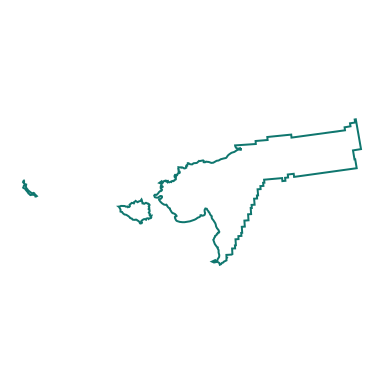 Bethel, Alaska, United States of America
{"feature_id": "52423323B92128631774297", "entity_name": "Bethel", "entity_type": "district", "adm_level": 2, "iso_a3": "USA", "parent_name": "United States of America", "parent_adm1": "Alaska", "projection": "albers", "projection_center": [-164.344, 60.422], "detail": "fine", "context": "isolated", "style": "outline", "palette": "teal", "viewbox_px": 384, "rotation_deg": 0, "n_neighbors": 0, "source": "geoboundaries", "source_scale": "gbopen_adm2", "svg_char_len": 6049}
<svg xmlns="http://www.w3.org/2000/svg" viewBox="0 0 384 384"><path d="M356.7,168.2L355.2,159.3L354.5,159.4L353.0,150.4L361.0,149.1L355.8,119.3L354.7,119.5L355.2,122.5L350.0,123.3L350.5,126.3L344.6,127.3L345.0,130.3L291.5,137.6L291.2,134.6L267.3,137.0L267.6,140.0L255.6,141.0L255.8,144.0L235.1,145.4L235.2,146.1L235.7,147.2L236.3,148.0L236.8,148.3L237.5,148.5L238.8,148.6L239.3,148.5L239.9,148.2L240.0,148.7L241.0,148.9L241.0,149.1L240.8,149.8L239.7,149.6L238.3,149.6L237.5,149.9L236.6,150.4L234.4,151.9L231.5,152.8L230.0,153.8L228.6,154.8L227.5,156.0L226.6,157.4L225.9,158.0L223.5,158.5L220.6,159.3L219.2,160.2L218.2,160.6L217.1,160.7L216.6,160.8L213.3,162.7L211.4,162.9L210.7,162.7L209.5,162.2L207.9,161.8L207.1,161.9L206.1,161.6L205.4,162.1L204.9,162.3L203.7,162.2L203.7,160.8L203.1,160.4L199.6,161.1L199.0,160.9L197.2,162.7L196.4,163.0L193.9,163.2L193.3,163.4L192.7,164.0L192.1,164.4L190.0,164.2L189.0,163.5L188.3,163.9L188.2,163.2L187.8,163.2L187.8,164.0L187.5,164.5L186.9,165.0L187.2,165.4L187.2,165.8L186.1,166.1L186.0,166.8L186.3,167.4L186.3,167.7L184.9,168.4L184.1,168.4L183.5,167.9L183.2,167.9L181.9,167.3L181.3,167.7L180.4,167.3L179.4,167.4L178.4,167.2L178.4,167.9L178.2,168.9L178.7,169.6L178.5,170.3L178.7,171.0L178.6,171.7L179.2,171.3L179.6,171.5L179.8,172.4L179.7,172.8L178.4,173.5L178.0,173.5L177.0,174.6L177.1,175.2L176.3,175.8L176.2,175.3L175.7,174.9L175.0,174.9L174.5,176.0L175.0,176.4L174.8,177.3L175.2,177.7L175.9,177.6L175.8,179.4L174.7,180.0L174.3,180.6L173.5,180.7L173.3,181.1L172.6,181.0L171.8,181.2L171.3,182.0L170.7,181.7L169.4,182.3L168.6,182.1L168.2,182.2L168.0,181.9L167.9,180.9L166.9,181.0L166.9,181.3L166.5,180.8L166.1,180.7L166.0,181.2L165.6,180.9L165.4,181.1L164.9,180.8L163.9,181.2L163.4,181.3L162.5,181.8L161.6,182.0L161.4,181.4L159.3,182.9L160.9,183.5L161.3,182.9L161.9,182.5L162.0,182.1L162.8,182.0L163.1,182.2L162.8,182.7L162.4,182.9L161.4,184.5L160.9,185.8L160.9,186.2L161.0,186.6L162.4,186.3L162.7,186.8L161.8,187.5L161.0,187.6L160.7,187.5L160.7,188.1L161.0,188.8L162.0,189.8L161.9,190.2L161.5,190.7L160.9,191.1L160.3,191.0L158.8,192.3L158.3,193.2L156.7,194.8L156.4,194.9L155.0,194.7L154.8,194.8L154.2,195.5L154.8,197.1L155.1,197.3L157.1,197.7L158.0,197.6L160.3,196.0L161.5,196.1L161.9,196.3L162.0,196.6L162.0,197.3L161.3,198.3L161.0,198.6L160.4,198.9L159.2,199.3L159.0,199.7L160.3,201.6L161.9,203.2L163.8,204.5L165.1,204.8L165.9,204.9L166.4,204.7L167.2,205.7L167.3,206.3L167.8,206.9L168.8,207.9L169.8,208.3L170.0,208.7L170.0,208.9L169.9,209.2L171.8,212.4L172.7,213.2L173.3,213.2L175.2,214.2L176.3,215.4L176.6,216.0L176.4,216.3L175.4,216.4L175.1,216.7L174.9,216.9L174.9,217.1L175.0,218.0L175.8,219.8L176.3,220.5L176.6,220.8L177.2,221.1L179.8,221.9L182.6,222.2L184.5,222.2L190.0,221.3L194.6,219.7L196.1,218.9L197.7,217.7L199.4,217.1L199.9,216.7L200.5,216.1L200.6,215.7L200.5,215.3L201.1,215.1L202.2,215.7L202.6,215.7L203.9,215.3L204.7,214.7L205.1,213.0L204.7,211.9L204.6,210.6L204.7,209.7L205.4,208.5L206.8,208.8L207.4,210.1L208.6,211.5L208.7,212.1L209.4,212.6L209.8,213.7L210.5,215.0L211.0,215.6L211.4,215.7L211.6,216.1L211.8,216.4L211.6,217.2L212.0,218.6L213.4,220.3L215.3,223.3L215.8,224.8L216.1,226.5L217.1,228.4L218.3,229.7L219.3,231.9L218.7,232.8L217.8,232.8L217.4,233.9L216.8,234.1L216.4,235.2L215.1,235.9L215.0,236.9L214.4,237.5L213.8,239.2L213.3,239.8L214.8,244.0L216.8,246.8L217.8,247.4L217.5,248.0L218.6,250.2L218.6,252.6L219.3,255.1L219.1,257.0L217.6,259.3L217.3,260.8L216.2,261.2L215.2,260.1L212.0,261.6L214.0,262.5L217.5,261.8L219.4,263.1L219.8,264.7L221.0,264.2L222.0,262.9L223.3,262.5L223.8,261.7L226.5,260.4L226.4,259.0L226.9,257.9L226.5,257.9L226.4,254.9L231.6,254.6L232.4,254.1L232.1,248.5L235.1,248.4L234.9,245.4L235.9,245.3L235.5,239.3L238.5,239.1L238.4,236.1L241.4,235.9L241.2,232.9L242.2,232.8L241.8,226.8L244.8,226.6L244.4,220.6L248.5,220.3L248.1,214.3L251.1,214.1L250.7,208.0L251.8,208.0L251.6,204.9L254.6,204.7L254.1,198.7L257.1,198.5L256.9,195.5L258.1,195.4L257.6,189.3L260.6,189.1L260.4,186.1L263.4,185.9L263.1,182.8L264.4,182.7L264.1,179.7L282.1,178.1L282.4,181.1L285.4,180.8L285.1,177.8L288.1,177.5L287.8,174.5L293.7,173.8L294.1,176.9L356.7,168.2ZM119.7,206.5L118.6,206.6L119.1,207.0L119.5,207.7L120.5,209.5L120.5,210.4L120.5,211.6L121.1,211.8L122.1,212.0L122.4,212.6L123.3,213.6L124.5,214.5L125.8,214.7L126.4,214.9L128.6,216.3L130.1,217.7L130.2,218.1L131.9,218.6L132.3,219.3L132.8,219.7L134.2,219.8L135.0,219.9L135.8,219.6L136.4,219.7L137.2,220.2L137.5,220.6L138.0,220.7L138.7,221.2L139.8,222.5L139.8,223.0L140.1,223.4L140.7,223.5L141.7,223.2L142.0,222.5L141.8,222.2L141.3,221.2L141.6,220.7L143.1,219.6L143.9,219.2L144.8,219.1L146.0,219.7L146.4,218.6L147.6,218.3L148.4,218.4L148.7,218.9L149.2,218.4L150.1,218.3L150.9,218.1L151.2,217.4L150.9,217.2L150.8,216.7L151.2,216.4L151.5,215.7L150.2,215.9L149.7,215.3L150.1,214.2L149.4,213.8L149.3,213.0L148.8,212.6L149.0,212.2L149.6,211.4L149.6,210.5L149.4,209.5L148.9,209.5L148.6,209.1L148.8,208.5L149.3,207.9L149.1,207.0L148.7,206.6L148.8,206.1L149.2,206.0L149.5,205.4L149.5,204.7L148.8,204.0L148.0,203.9L147.8,203.4L146.9,203.3L146.0,202.8L145.4,203.0L144.7,203.6L144.2,203.8L142.6,203.4L142.8,202.8L142.3,202.4L142.2,201.9L142.0,201.2L141.8,200.1L141.5,199.4L141.2,199.8L140.5,201.0L139.1,201.3L137.6,202.2L135.6,200.9L135.1,201.5L134.0,202.2L134.1,203.0L133.9,203.4L132.5,203.0L131.6,202.9L131.2,203.5L129.9,204.4L129.5,204.9L129.8,205.6L129.9,206.1L129.3,206.9L128.8,206.8L127.9,207.2L127.4,206.5L126.0,206.7L124.6,206.0L123.8,206.1L123.0,205.9L122.4,206.0L121.1,205.9L119.7,206.5ZM23.2,187.7L23.3,187.9L25.3,188.9L25.6,189.7L27.9,192.4L28.4,193.4L29.8,194.4L30.2,195.0L30.7,195.1L31.9,194.7L34.0,194.9L35.0,195.3L35.4,196.5L36.1,196.5L36.8,196.1L34.9,194.3L34.4,193.6L34.3,193.3L33.6,192.9L33.2,193.2L32.0,193.1L30.8,192.5L28.0,190.2L27.3,189.1L26.9,188.8L26.3,187.9L25.8,186.2L25.8,185.7L26.1,185.2L26.2,184.5L25.6,184.3L24.7,185.2L23.9,185.7L23.6,186.4L23.6,186.9L23.6,187.3L23.2,187.7ZM23.6,180.8L23.0,182.1L24.1,183.5L24.2,183.3L24.0,182.4L24.1,181.0L23.9,180.6L23.6,180.8Z" fill="none" stroke="#0f766e" stroke-width="2"/></svg>